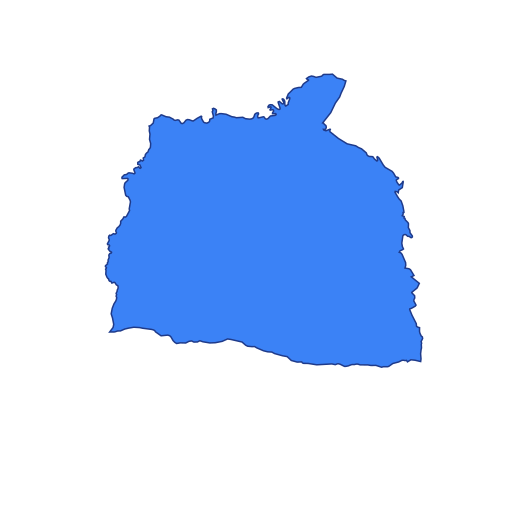 Chipatá, Santander, Colombia, rotated 243°
{"feature_id": "7082276B31557626540926", "entity_name": "Chipatá", "entity_type": "district", "adm_level": 2, "iso_a3": "COL", "parent_name": "Colombia", "parent_adm1": "Santander", "projection": "mercator", "projection_center": [-73.622, 6.074], "detail": "fine", "context": "isolated", "style": "filled", "palette": "blue", "viewbox_px": 512, "rotation_deg": 243, "n_neighbors": 0, "source": "geoboundaries", "source_scale": "gbopen_adm2", "svg_char_len": 6148}
<svg xmlns="http://www.w3.org/2000/svg" viewBox="0 0 512 512"><g transform="rotate(243 256 256)"><path d="M420.3,219.7L419.3,219.7L415.9,217.7L412.8,216.9L408.3,214.1L404.0,213.2L400.7,211.2L399.9,209.9L399.6,208.9L397.7,206.9L397.5,205.5L396.7,203.6L394.7,202.0L394.5,200.0L392.4,199.3L392.2,197.9L393.9,196.8L393.8,196.3L392.9,195.5L393.2,193.7L392.9,193.0L391.3,192.3L389.8,193.9L386.9,193.7L386.7,192.6L387.1,192.2L388.8,191.9L388.8,190.0L389.3,189.1L389.1,187.0L388.4,186.3L385.3,186.0L384.8,185.8L384.5,185.1L384.7,184.5L385.7,183.6L387.8,180.6L387.9,179.5L387.4,177.7L388.1,175.5L387.1,172.4L386.3,171.9L385.7,171.9L383.5,176.7L382.7,177.0L381.6,176.1L380.7,172.7L379.8,171.6L377.0,169.6L369.4,167.5L367.9,167.9L366.7,169.1L362.7,169.1L361.2,168.7L355.5,164.4L353.9,164.0L350.2,158.7L349.9,157.4L350.8,156.1L349.5,154.2L348.4,151.2L346.6,150.3L345.4,149.1L344.4,147.0L344.1,145.2L342.6,142.9L341.9,142.4L340.0,142.2L339.6,141.6L339.5,140.3L340.6,139.2L340.6,138.7L340.2,136.0L341.0,135.1L340.7,134.1L339.7,133.2L339.0,132.8L337.3,132.7L336.5,132.2L334.3,129.1L333.5,129.0L332.4,130.2L331.5,130.2L330.9,129.4L330.9,128.7L329.8,128.5L329.7,127.7L329.4,127.5L326.8,127.9L325.1,129.0L324.7,128.9L324.3,128.2L324.6,126.9L324.0,125.8L323.6,125.3L321.3,124.4L319.6,122.4L318.1,121.7L317.3,120.4L316.3,120.1L315.7,117.5L314.9,117.0L313.6,117.5L312.9,116.9L312.6,116.0L311.2,115.8L308.0,113.9L304.9,113.6L303.3,113.8L302.8,114.2L300.8,113.9L299.8,114.3L299.3,115.2L297.3,115.3L297.1,117.1L296.9,117.8L296.4,118.2L293.6,118.5L292.4,119.4L290.9,119.1L289.5,118.1L288.6,116.8L287.7,116.4L286.2,114.4L284.9,114.3L283.7,113.1L282.4,113.1L280.9,112.1L279.6,110.7L277.8,107.7L274.7,104.2L270.2,100.7L265.9,100.0L259.7,98.2L257.2,96.2L254.7,91.1L252.5,95.6L252.0,98.7L250.8,101.2L250.5,105.9L249.6,109.7L248.0,114.8L245.0,119.9L243.1,122.2L238.1,129.5L236.8,131.0L235.5,131.9L234.1,132.0L228.0,135.2L225.6,141.4L224.2,142.9L222.4,143.5L218.3,143.7L216.0,144.4L214.1,145.5L213.0,149.1L210.4,153.9L210.4,157.5L209.6,160.0L207.5,161.6L206.0,164.8L206.0,167.5L203.7,169.7L199.5,175.4L197.2,180.4L195.3,187.1L195.0,193.0L193.0,195.8L185.7,204.5L181.2,206.3L179.4,207.6L177.1,211.2L175.9,213.7L173.9,214.9L168.2,219.6L165.4,222.8L163.2,226.5L160.7,228.2L155.1,234.3L152.2,238.1L146.9,240.0L142.8,244.5L140.9,248.6L139.8,248.8L138.9,249.4L136.6,253.7L131.5,260.7L125.4,274.6L123.2,277.3L123.0,279.5L122.6,280.5L121.4,281.8L117.5,284.7L116.9,285.9L116.2,288.3L115.9,291.5L115.4,293.0L114.7,294.1L114.2,296.2L113.5,297.6L111.7,299.4L108.2,306.2L106.3,308.7L104.1,313.2L99.9,317.4L99.5,319.3L97.6,323.0L97.4,324.2L98.1,329.1L96.8,335.1L96.8,338.7L96.0,340.4L95.2,341.2L94.7,342.7L92.9,342.9L93.2,346.9L91.0,350.3L87.2,354.8L89.4,356.3L94.2,358.3L97.8,360.7L98.9,361.7L102.3,363.2L103.1,364.0L104.8,364.3L106.8,367.0L108.4,367.5L109.7,366.9L112.9,367.0L114.7,367.5L117.9,369.2L119.1,367.9L120.4,367.1L123.0,368.1L132.5,368.1L138.5,368.6L139.1,369.0L138.8,370.7L139.0,375.1L139.6,376.3L144.3,376.2L145.5,377.0L146.5,378.4L148.6,379.3L152.6,378.1L152.9,378.3L154.4,385.1L157.5,389.1L166.9,384.9L166.9,387.9L173.7,387.4L175.2,386.5L177.6,383.3L179.7,385.2L182.2,386.3L191.2,386.9L193.0,386.5L194.3,385.3L195.2,386.7L195.1,389.7L195.3,390.6L197.9,390.7L201.2,391.7L207.3,396.0L207.8,397.0L207.5,398.6L206.8,399.3L204.7,400.1L203.9,401.4L202.2,402.2L201.7,403.0L202.0,404.0L202.9,404.4L206.8,403.8L208.9,404.7L212.1,404.6L215.5,406.5L216.6,406.6L220.5,405.4L221.9,405.8L222.7,405.1L223.9,406.0L225.5,404.6L226.6,406.2L228.0,406.8L227.7,407.6L228.9,408.1L234.0,409.6L239.1,410.3L241.9,409.4L244.5,409.1L249.8,408.8L250.4,409.4L249.1,411.0L247.8,411.4L250.0,413.1L250.5,417.4L255.3,420.9L255.7,420.9L255.7,420.5L254.7,419.1L254.2,416.7L254.1,415.9L254.8,415.5L257.8,415.1L259.7,415.3L260.2,415.7L260.3,418.1L261.0,418.4L261.6,418.1L263.1,416.4L267.3,416.2L269.6,415.7L276.4,411.3L279.4,410.7L287.1,410.2L288.4,409.8L289.4,409.2L289.2,408.6L286.3,408.0L285.8,407.5L285.8,406.8L288.6,405.6L291.3,405.2L291.8,404.7L293.3,402.1L294.5,401.2L295.8,400.8L297.8,401.1L303.6,398.7L306.2,396.5L308.9,394.9L314.6,388.1L323.3,382.8L333.2,378.3L334.3,378.8L335.1,379.7L335.4,379.5L335.8,375.2L337.4,373.6L338.2,373.6L337.5,374.9L337.5,375.6L338.4,376.8L339.2,377.2L340.2,377.5L340.8,377.4L342.2,376.7L343.6,376.5L344.3,375.8L349.8,387.7L356.2,396.1L359.7,402.7L362.5,405.8L367.0,411.6L371.2,415.6L372.3,414.4L374.3,413.2L377.7,409.0L383.3,406.7L384.5,403.8L387.0,398.9L387.0,398.0L386.4,396.1L387.9,390.6L389.8,388.9L391.2,387.1L391.6,384.4L391.2,381.5L390.6,381.6L389.1,382.7L388.7,382.5L388.0,377.5L387.6,376.0L385.7,373.0L386.9,370.2L387.8,366.4L387.8,364.8L385.7,358.3L382.8,354.9L382.0,354.9L382.4,357.5L381.6,357.9L380.7,357.4L377.8,354.2L376.4,353.5L376.3,352.5L376.1,350.6L376.8,350.3L378.2,350.6L380.3,351.7L381.8,352.0L383.2,351.7L383.9,351.2L383.9,350.5L379.8,350.4L379.3,349.8L379.3,349.0L379.8,348.4L383.1,347.0L383.2,345.7L382.5,345.4L376.8,344.6L376.1,344.1L375.9,343.6L376.5,342.5L377.7,341.6L383.3,339.1L384.4,337.3L384.5,336.0L383.7,334.5L382.7,334.2L382.3,336.7L381.8,337.0L381.1,336.5L380.0,334.9L379.5,334.9L378.9,337.0L378.3,337.7L377.2,337.6L376.1,335.8L375.3,335.3L374.0,338.1L373.2,338.3L372.8,338.1L372.6,336.9L374.2,332.4L373.0,329.1L373.1,327.6L374.0,326.6L376.2,326.3L376.7,325.8L377.8,321.3L378.2,320.6L379.3,320.7L380.8,321.7L381.4,322.8L382.4,323.0L382.7,322.6L383.1,321.6L383.1,320.1L382.7,319.1L381.0,317.4L380.2,315.9L380.2,314.3L380.8,312.5L383.1,309.0L385.6,307.2L388.1,301.3L389.6,299.8L391.1,297.7L395.9,293.7L398.6,289.8L399.4,288.1L399.7,284.3L400.9,284.7L402.7,286.3L404.2,287.0L405.8,286.2L406.9,285.2L406.9,284.0L405.1,283.6L404.4,282.5L400.1,281.6L398.5,280.5L398.8,276.9L397.3,276.0L396.6,274.6L396.7,272.5L398.1,270.7L399.0,270.1L402.6,269.9L404.0,270.2L405.0,270.9L405.5,270.6L405.4,266.2L404.8,261.5L405.3,260.6L407.7,258.4L408.7,256.9L408.8,255.3L407.4,252.2L407.4,250.6L408.1,249.6L412.1,249.0L412.9,248.0L413.5,245.6L414.2,244.8L415.6,244.3L419.0,241.9L420.9,239.1L424.6,236.0L424.8,235.1L424.3,234.1L423.9,231.2L424.7,228.1L424.5,227.4L421.1,224.8L420.1,221.3L420.3,219.7Z" fill="#3b82f6" stroke="#1e3a8a" stroke-width="1.5"/></g></svg>